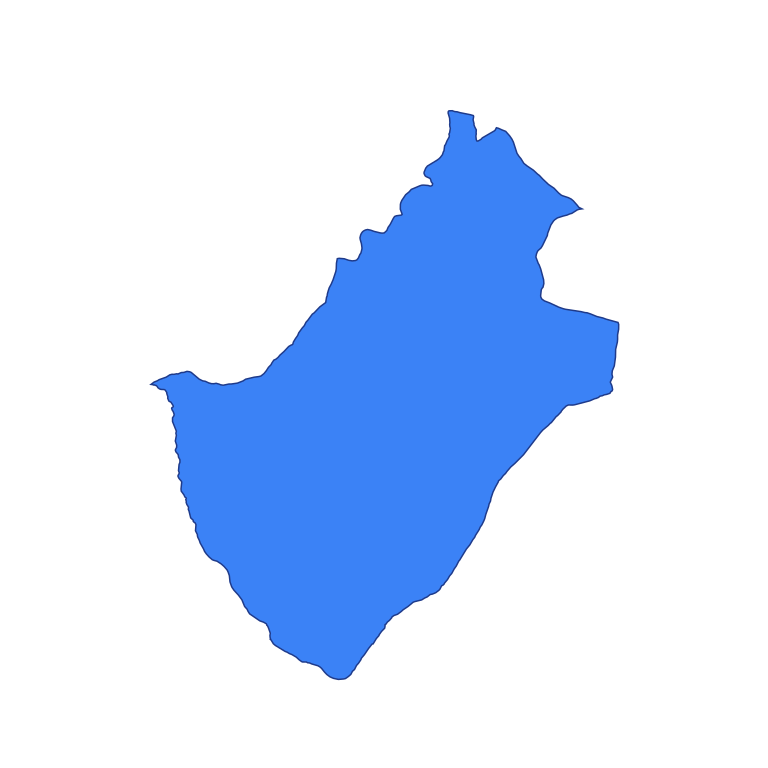 outline of Dige, Gash Barka, Eritrea, rotated 304°
{"feature_id": "51966322B2269469169299", "entity_name": "Dige", "entity_type": "district", "adm_level": 2, "iso_a3": "ERI", "parent_name": "Eritrea", "parent_adm1": "Gash Barka", "projection": "orthographic", "projection_center": [37.574, 15.721], "detail": "fine", "context": "isolated", "style": "filled", "palette": "blue", "viewbox_px": 768, "rotation_deg": 304, "n_neighbors": 0, "source": "geoboundaries", "source_scale": "gbopen_adm2", "svg_char_len": 6171}
<svg xmlns="http://www.w3.org/2000/svg" viewBox="0 0 768 768"><g transform="rotate(304 384 384)"><path d="M639.9,450.2L639.4,446.7L640.2,444.4L641.7,438.6L642.0,435.8L641.6,432.7L639.9,426.6L639.7,425.4L640.0,421.9L641.4,415.5L641.4,408.8L642.7,401.0L643.8,396.2L643.9,393.9L644.8,388.3L644.8,380.7L645.1,376.6L647.4,371.5L648.2,368.7L649.6,365.3L656.9,356.0L658.6,353.0L660.0,349.4L661.5,343.6L660.6,339.5L660.0,335.9L659.3,333.9L656.6,334.2L655.5,333.9L643.1,327.9L641.1,327.6L638.2,326.2L637.4,325.3L638.1,323.9L641.0,321.5L643.0,320.6L643.6,320.0L646.3,318.4L647.8,315.6L649.2,313.6L650.1,313.1L652.9,310.1L655.8,308.8L656.5,308.0L655.6,305.1L651.4,295.1L650.6,292.5L649.4,290.3L648.7,287.7L646.8,285.1L645.9,284.9L644.5,285.6L641.1,289.7L637.5,292.5L635.9,293.3L634.3,294.6L633.1,296.0L629.0,297.9L627.5,298.1L626.4,299.3L625.2,299.9L620.7,300.3L616.9,301.1L615.5,301.0L610.9,303.3L609.6,303.4L606.8,304.2L603.4,304.0L601.4,303.6L599.2,302.8L589.0,298.1L586.3,297.9L582.0,298.8L580.8,299.6L579.6,301.7L579.5,303.0L580.2,307.3L579.3,308.7L578.1,310.0L577.3,312.3L575.8,312.9L574.9,312.6L573.9,311.7L573.3,309.6L571.1,305.7L569.9,304.1L568.4,302.9L560.6,297.8L557.4,297.4L553.0,296.1L546.2,296.1L543.5,296.6L542.0,297.2L538.0,299.8L535.2,303.7L534.6,304.2L533.6,303.8L530.4,300.2L528.8,299.1L526.5,299.1L519.8,299.9L516.2,299.8L512.8,300.5L509.4,299.7L508.1,298.2L507.3,296.7L505.0,290.5L504.1,287.0L502.9,284.0L501.2,282.4L499.5,281.5L498.2,281.1L496.3,281.0L494.5,281.3L491.8,282.3L490.3,283.7L487.7,286.8L484.7,289.5L483.6,290.2L479.7,291.6L477.7,291.6L474.2,292.3L471.7,292.1L470.4,291.3L468.3,288.8L466.8,285.5L465.6,281.0L463.1,276.5L461.8,275.2L457.6,277.0L452.8,280.0L450.4,281.1L441.9,283.5L437.2,284.4L433.1,284.8L430.3,285.6L427.2,286.6L425.0,287.7L423.9,287.8L418.9,290.1L412.2,287.7L403.9,286.3L401.8,285.5L394.4,285.2L391.6,284.8L387.8,285.3L384.7,284.9L378.8,284.7L375.9,285.3L372.2,285.2L368.2,285.4L366.1,286.1L365.4,286.0L364.1,285.1L361.8,284.0L354.9,282.9L349.9,281.6L346.8,281.3L344.1,280.5L342.2,279.3L338.3,279.3L337.1,279.6L333.2,278.9L329.2,279.0L325.6,278.7L321.8,277.5L320.3,276.2L317.0,272.5L310.6,266.6L307.7,265.4L302.8,262.0L298.7,257.5L297.2,255.4L293.1,251.4L292.0,249.0L291.7,247.4L290.7,244.4L289.1,242.8L287.6,240.4L287.3,239.0L287.0,238.7L286.3,234.3L285.2,231.9L284.7,228.1L285.8,217.8L285.5,216.1L284.3,213.6L281.7,211.6L280.1,209.5L277.1,207.6L276.6,206.5L274.6,204.5L273.4,202.7L271.8,201.3L267.9,199.6L261.8,195.1L260.1,194.4L257.0,192.3L253.4,191.1L254.1,192.5L254.2,193.4L255.0,194.4L254.9,195.1L255.4,196.0L255.1,197.4L254.5,198.6L254.4,200.7L254.8,202.1L256.5,204.9L256.6,206.0L255.5,208.6L254.5,209.4L252.5,212.0L251.3,212.6L249.7,214.9L249.5,215.6L249.8,217.5L248.3,221.0L247.7,221.8L246.8,221.9L245.7,221.4L245.0,221.6L243.8,223.2L243.3,224.6L241.5,227.0L240.1,227.6L237.7,227.6L234.6,229.7L228.8,238.2L226.8,239.0L225.3,240.6L220.0,242.9L217.4,246.3L216.3,247.0L215.5,247.5L213.0,247.8L212.3,248.2L211.4,249.4L210.4,252.8L208.4,254.6L207.2,257.0L206.6,257.5L205.0,258.6L202.7,259.1L197.2,262.1L195.9,263.9L195.1,264.2L193.0,264.4L192.1,265.0L191.1,266.8L190.0,270.6L189.3,271.3L183.5,274.4L181.8,275.8L180.2,280.2L179.0,282.1L178.9,283.7L178.4,284.2L177.3,284.3L176.3,285.6L175.2,286.2L173.9,287.9L172.6,290.8L170.5,292.0L169.8,293.2L164.9,298.6L164.4,301.8L164.2,302.2L163.5,302.6L163.2,303.7L163.2,305.2L162.2,306.8L156.9,309.8L154.8,313.5L153.8,314.2L152.9,315.2L151.1,318.3L149.4,320.5L146.3,326.7L144.9,328.8L143.8,331.7L142.8,335.7L142.3,339.9L142.7,341.7L143.7,344.6L143.8,349.8L143.3,353.5L142.1,357.9L141.0,359.8L138.7,362.9L133.8,367.0L130.8,371.0L130.3,372.0L129.1,375.0L127.6,381.3L125.6,386.9L121.6,392.9L120.7,396.5L119.5,398.4L118.3,401.1L118.2,413.5L119.2,417.4L119.4,420.5L119.0,421.3L118.5,421.7L118.3,422.8L117.1,424.7L113.8,429.1L111.7,430.1L110.1,431.4L109.5,432.2L108.8,432.3L108.6,433.6L106.8,437.5L106.5,440.1L107.0,451.6L107.5,453.7L107.6,456.3L108.2,458.9L108.5,464.1L107.9,467.8L107.8,471.1L108.0,471.9L110.1,475.1L110.2,476.6L111.1,478.2L111.5,480.6L113.5,486.9L113.6,489.4L113.3,491.3L111.9,495.8L111.2,499.0L111.0,502.9L111.7,506.7L113.6,511.4L116.9,515.5L118.3,516.8L121.7,518.1L124.7,518.9L128.2,518.5L130.8,519.2L135.3,518.6L138.3,519.0L142.5,519.0L144.0,518.6L148.7,519.1L156.1,519.1L161.4,519.5L162.0,519.7L162.4,520.3L168.8,520.0L172.6,520.5L173.4,520.2L177.4,520.3L182.0,521.1L184.2,520.1L184.8,519.5L185.4,519.5L186.0,519.9L188.5,519.9L191.1,520.7L194.4,521.1L195.3,520.9L197.6,521.7L200.7,524.0L205.0,525.5L207.5,526.1L212.9,528.3L219.4,530.2L220.7,531.1L226.1,536.0L229.3,537.4L231.7,538.9L235.3,540.0L236.9,541.6L239.9,543.6L243.8,544.9L245.1,545.1L248.9,544.6L250.3,545.4L251.7,545.7L252.8,545.5L257.3,546.0L261.7,545.7L264.9,546.1L269.9,545.6L273.5,545.7L279.0,545.0L280.3,545.2L293.3,544.6L298.6,545.1L304.6,544.7L307.7,544.9L309.6,544.5L316.5,544.3L319.2,543.8L321.9,543.9L326.3,543.3L328.7,542.8L332.9,541.3L340.9,539.2L343.4,538.2L346.4,537.8L349.0,536.6L355.4,534.8L361.0,534.0L366.6,533.5L367.8,533.1L370.5,533.9L374.8,534.1L378.0,534.8L380.1,534.8L386.1,535.5L391.4,536.9L403.4,539.2L431.1,540.9L434.7,541.4L441.4,543.3L444.4,543.8L445.5,544.3L453.6,545.0L454.6,545.5L459.9,546.4L460.5,546.2L463.1,546.4L467.7,547.4L469.7,548.6L472.2,552.4L473.4,553.7L485.1,564.0L489.8,567.0L490.5,567.8L492.9,569.4L494.6,569.8L496.4,571.6L498.1,572.6L499.9,574.4L502.6,576.5L504.8,576.4L505.5,576.9L506.3,576.9L507.3,576.6L509.5,574.4L510.4,573.3L511.8,570.9L512.3,570.5L517.6,569.7L519.6,567.5L522.6,565.9L527.8,564.8L535.7,560.9L542.2,556.7L549.3,554.0L551.8,552.6L555.3,550.2L560.6,547.9L564.7,545.2L565.9,543.6L561.9,531.7L561.2,528.7L559.0,522.8L557.6,516.1L556.6,512.5L555.6,510.7L554.1,506.7L547.4,492.6L546.6,490.3L545.4,485.8L543.9,476.2L542.6,470.5L542.7,467.3L543.8,465.3L545.1,464.3L550.1,461.7L551.6,461.5L553.1,461.7L556.6,460.4L559.6,458.1L567.0,449.6L569.6,445.9L570.2,444.5L574.2,438.9L577.0,437.7L579.2,437.2L580.7,437.1L584.5,438.1L587.3,438.0L598.4,436.4L600.5,435.4L609.2,433.4L614.0,433.4L615.6,433.7L618.7,434.9L623.4,438.6L626.4,441.3L628.9,442.9L630.5,444.3L636.3,446.8L637.8,447.9L639.9,450.2Z" fill="#3b82f6" stroke="#1e3a8a" stroke-width="1.5"/></g></svg>